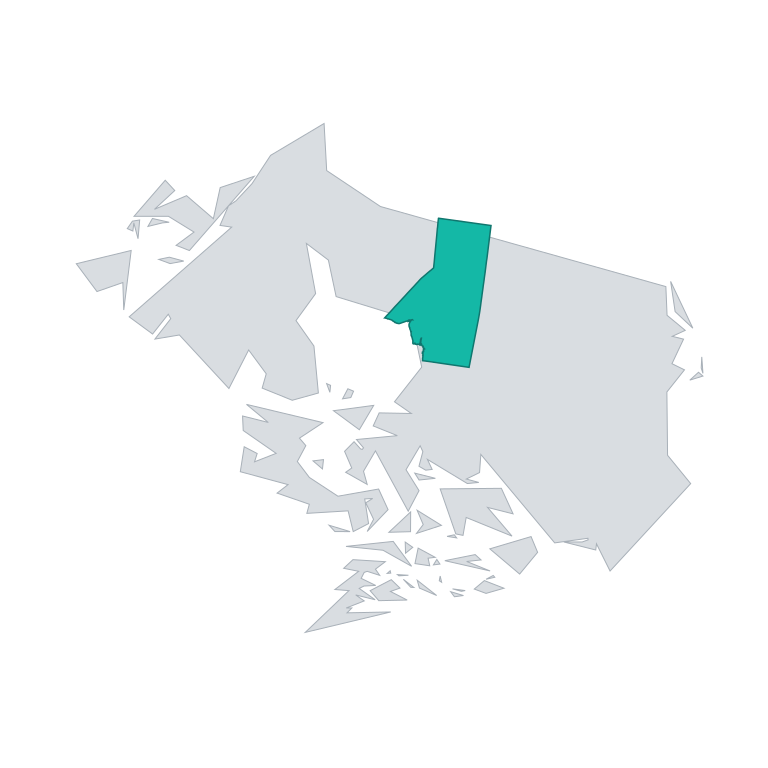 location of Manitoba within Canada, rotated 185°
{"feature_id": "CAN-630", "entity_name": "Manitoba", "entity_type": "Province", "adm_level": 1, "iso_a3": "CAN", "parent_name": "Canada", "parent_adm1": "", "projection": "albers", "projection_center": [-94.63, 54.496], "detail": "fine", "context": "in_parent", "style": "filled", "palette": "teal", "viewbox_px": 768, "rotation_deg": 185, "n_neighbors": 0, "source": "natural_earth", "source_scale": "10m", "svg_char_len": 8485}
<svg xmlns="http://www.w3.org/2000/svg" viewBox="0 0 768 768"><g transform="rotate(185 384 384)"><path d="M101.5,400.7L95.3,337.7L69.8,311.5L142.5,217.4L158.4,243.3L158.6,237.1L191.1,242.3L172.8,243.9L167.1,246.5L167.4,248.1L200.1,240.6L281.4,322.3L281.1,304.1L293.7,296.5L281.0,294.2L292.3,292.1L334.2,312.7L328.6,303.1L334.9,301.8L342.0,305.1L339.4,320.0L342.6,325.6L354.6,300.5L339.8,280.8L348.8,259.4L386.7,316.6L396.8,295.3L392.0,282.5L414.5,292.7L408.8,297.5L417.4,313.5L408.8,323.9L401.7,317.3L400.0,316.9L398.8,318.6L406.6,326.3L366.2,333.7L391.1,341.3L386.3,354.8L354.2,357.0L372.0,367.2L347.9,404.1L361.8,450.4L439.3,466.9L450.2,502.6L473.6,517.3L460.0,468.1L477.2,439.5L457.1,415.7L448.6,369.3L474.0,359.8L505.0,369.3L502.2,383.9L521.8,406.1L538.1,366.0L592.1,415.0L616.1,408.8L602.1,430.5L605.0,434.7L618.9,413.6L643.7,428.7L549.4,527.0L561.2,527.7L554.4,548.0L547.4,553.6L533.0,572.0L516.9,601.9L466.4,638.3L459.7,591.6L403.0,560.5L111.7,505.6L108.0,477.1L88.6,463.7L101.0,456.6L89.5,454.8L98.9,429.3L85.9,424.3L101.5,400.7ZM385.3,269.0L393.2,267.8L387.2,243.6L401.8,234.3L408.7,254.5L449.6,248.4L447.9,257.7L481.0,266.0L470.8,275.4L519.5,284.1L517.8,309.3L504.3,303.7L506.2,295.2L485.4,305.5L520.2,325.4L522.1,339.8L495.9,335.6L519.2,351.7L441.4,340.2L463.5,322.7L456.5,315.8L463.6,299.2L450.2,284.4L420.1,268.2L380.2,278.9L369.0,259.2L387.9,235.6L382.6,248.3L391.8,264.1L385.3,269.0ZM357.4,157.5L440.8,129.7L400.9,175.1L415.0,175.0L392.9,195.2L408.1,196.9L399.6,206.3L367.2,207.1L376.4,198.8L371.6,193.0L384.4,195.9L387.3,194.6L389.8,188.4L374.7,182.6L386.3,181.0L390.9,178.2L374.0,168.3L393.8,171.4L384.8,166.2L402.1,157.6L396.5,158.1L400.9,152.8L357.4,157.5ZM243.2,243.6L290.5,258.2L292.1,240.1L299.4,240.9L318.9,284.4L258.0,290.3L244.1,265.9L270.1,270.1L243.2,243.6ZM597.1,554.4L568.4,533.8L564.3,565.4L531.4,579.6L589.5,500.0L603.2,504.0L586.5,518.8L613.4,532.3L647.6,529.3L619.7,567.9L609.3,558.5L627.9,538.0L597.1,554.4ZM232.3,206.5L264.2,229.0L224.2,244.8L216.3,229.7L232.3,206.5ZM342.1,170.8L370.3,167.7L379.8,176.9L359.7,189.7L350.3,182.1L359.5,177.9L342.1,170.8ZM340.6,204.8L370.5,218.3L407.7,218.9L361.1,228.0L340.6,204.8ZM262.0,207.0L308.0,213.3L278.3,222.0L272.0,217.2L286.2,214.4L262.0,207.0ZM649.7,435.0L653.0,462.3L678.0,451.1L701.0,477.0L647.5,495.0L649.7,435.0ZM314.5,248.2L338.6,238.0L332.7,247.4L340.0,261.1L314.5,248.2ZM392.4,361.8L404.6,336.3L432.0,353.0L392.4,361.8ZM344.7,239.2L366.2,236.7L346.3,258.9L344.7,239.2ZM276.2,187.6L266.9,196.9L246.7,191.0L264.1,184.3L276.2,187.6ZM337.5,207.8L335.7,223.5L317.9,215.8L324.9,214.3L322.6,206.9L337.5,207.8ZM313.1,177.9L330.9,183.8L333.8,191.4L313.1,177.9ZM81.2,466.5L100.3,481.5L107.4,511.2L81.2,466.5ZM404.9,234.0L420.0,232.7L426.4,238.5L404.9,234.0ZM324.6,294.5L340.7,291.4L345.6,297.9L324.6,294.5ZM347.8,217.3L349.1,228.4L341.1,223.8L347.8,217.3ZM339.6,183.8L347.7,191.1L336.5,183.9L339.6,183.8ZM437.9,294.0L448.0,301.2L437.7,303.4L437.9,294.0ZM288.8,184.2L297.9,185.9L285.1,185.3L288.8,184.2ZM307.9,237.7L300.9,239.9L298.2,237.0L307.9,237.7ZM641.7,507.3L647.3,522.8L647.5,514.5L653.3,516.4L648.8,524.3L641.7,526.1L641.7,507.3ZM295.3,178.2L299.5,182.9L286.4,180.2L295.3,178.2ZM619.2,488.5L608.9,491.6L594.2,489.0L607.6,485.3L619.2,488.5ZM424.0,365.6L419.6,376.1L413.7,374.2L415.9,367.6L424.0,365.6ZM67.0,419.7L79.7,414.5L71.7,423.1L67.0,419.7ZM343.0,195.6L352.4,194.2L354.0,195.3L343.0,195.6ZM319.0,208.1L316.1,213.8L312.6,209.5L319.0,208.1ZM612.1,526.4L618.7,525.2L632.9,520.4L629.1,528.7L612.1,526.4ZM437.2,371.0L441.2,379.4L437.1,378.0L437.2,371.0ZM265.3,198.4L258.5,202.8L256.8,201.1L265.3,198.4ZM364.3,195.6L361.6,198.5L360.8,196.2L364.3,195.6ZM311.8,192.8L311.3,197.6L309.3,191.5L311.8,192.8ZM67.2,422.4L69.4,427.6L69.8,438.7L67.2,422.4Z" fill="#d9dde1" stroke="#a8b0b8" stroke-width="1"/><path d="M344.1,553.9L291.2,551.2L291.3,548.8L291.4,546.0L291.7,537.6L291.8,534.9L291.9,532.1L292.0,529.3L292.3,520.9L292.4,518.1L292.6,515.3L292.8,509.7L292.9,506.9L293.0,504.1L293.3,498.5L293.4,495.7L293.7,490.2L293.8,487.4L294.1,481.8L294.2,479.0L294.5,473.4L294.6,470.6L294.9,465.0L295.1,462.2L295.5,457.5L296.0,452.7L296.5,448.0L297.0,443.3L300.1,413.9L300.4,411.0L300.6,409.5L300.7,408.0L344.7,410.5L347.6,410.6L347.6,410.8L347.5,411.0L347.7,411.3L347.6,411.5L347.6,412.0L347.8,412.6L347.7,412.9L347.8,413.2L347.8,413.3L347.7,413.7L347.7,413.8L347.6,414.1L347.7,414.9L347.7,415.0L347.6,415.5L347.6,415.8L347.7,416.0L347.8,416.0L347.7,416.4L347.7,416.6L347.7,416.8L347.8,416.9L347.9,417.0L348.0,417.2L347.9,417.3L347.9,417.5L348.0,417.5L348.1,417.8L348.1,418.0L348.1,418.3L348.2,418.5L348.2,418.8L348.0,419.0L348.3,419.0L348.4,418.9L348.5,418.8L348.5,419.0L348.4,419.0L348.2,419.2L348.2,419.3L348.1,419.5L347.9,419.6L347.9,419.8L347.8,420.0L347.7,420.1L347.8,420.2L347.8,420.3L347.7,420.5L347.8,420.5L347.8,420.9L347.7,420.9L347.7,421.0L347.8,421.3L347.7,421.7L347.7,421.8L347.7,422.2L347.7,422.3L347.3,422.5L346.9,422.4L346.5,422.4L346.3,422.9L346.5,422.7L347.5,422.7L347.6,422.8L347.6,423.0L347.6,423.3L347.9,423.3L348.1,423.5L348.3,423.8L348.4,424.2L348.4,424.4L348.3,424.6L348.2,425.0L348.1,425.3L348.0,425.5L348.4,425.2L348.6,425.0L348.9,425.1L349.3,425.4L349.6,425.6L349.7,425.9L349.9,426.2L350.0,426.9L350.1,427.1L350.3,427.3L350.6,427.2L351.0,426.9L351.0,426.7L351.2,426.4L351.2,426.2L351.3,426.2L351.5,426.1L351.5,426.3L351.5,426.5L351.4,426.8L351.4,427.0L351.5,427.3L351.6,427.5L351.5,427.8L351.4,428.0L351.2,428.1L351.2,428.3L351.0,428.7L350.9,429.1L351.1,429.8L351.0,430.3L351.1,430.7L351.1,430.9L351.0,431.1L350.8,431.4L350.8,431.6L350.8,431.9L350.8,432.0L350.8,432.5L350.7,432.8L350.6,433.4L350.6,433.6L350.8,433.1L350.9,432.8L351.0,432.7L351.1,432.1L351.3,432.0L351.3,431.9L351.4,431.5L351.5,431.3L351.5,431.2L351.5,430.9L351.4,430.7L351.4,429.8L351.5,429.6L351.4,429.5L351.4,429.3L351.4,429.2L351.4,428.9L351.4,428.7L351.5,428.4L351.8,427.9L351.9,427.7L351.9,427.3L351.9,427.1L352.0,427.0L352.0,426.8L351.9,426.6L351.8,426.4L352.0,426.5L352.6,426.5L353.8,426.7L354.0,426.6L354.1,426.4L354.3,426.4L354.4,426.5L354.5,426.5L354.6,426.4L354.8,426.3L354.9,426.2L355.1,426.2L355.9,426.5L356.0,426.6L356.4,426.4L356.5,426.5L356.6,426.9L356.6,427.2L356.8,427.2L356.9,427.3L357.0,427.3L357.2,427.2L357.4,426.8L357.4,426.7L357.6,426.6L358.2,426.5L358.3,426.5L358.5,426.6L358.6,426.8L358.8,427.0L358.9,427.6L358.9,427.9L358.9,428.1L358.9,428.6L358.9,428.8L359.0,429.0L359.0,429.4L359.0,429.6L359.0,429.8L359.2,430.2L359.5,430.9L359.6,431.4L359.7,431.7L359.8,431.9L360.0,432.3L360.1,432.6L360.1,432.8L360.2,433.0L360.4,433.4L360.4,433.5L360.5,433.8L360.8,434.1L361.0,434.3L360.9,434.4L360.9,434.5L361.0,434.6L361.1,435.1L361.2,435.3L361.3,435.4L361.3,435.7L361.3,436.4L361.6,437.5L361.7,438.1L361.5,438.5L361.8,438.6L362.0,438.8L362.0,439.1L362.2,439.4L362.4,440.1L362.8,440.6L362.8,440.8L362.9,441.0L363.2,441.7L363.2,441.9L363.2,442.2L363.2,442.3L363.3,442.4L363.5,442.5L363.7,442.8L363.7,443.2L363.8,443.3L364.0,443.5L364.1,444.3L364.2,444.7L364.3,445.0L364.2,445.5L364.2,446.0L364.1,446.4L363.5,448.0L363.1,448.7L362.7,449.4L362.5,449.8L362.4,450.0L362.0,450.1L361.4,450.5L361.2,450.5L361.3,450.6L362.3,450.3L362.6,450.1L363.6,449.1L363.9,448.9L365.4,448.5L365.6,448.3L365.8,448.5L365.7,448.7L365.4,448.8L365.0,449.5L364.9,449.6L364.5,449.7L364.4,449.8L364.2,450.0L364.4,450.0L365.0,449.8L365.2,449.7L365.8,449.0L366.6,448.7L367.6,448.4L369.0,447.7L370.9,446.9L372.8,446.0L374.1,445.5L375.3,445.5L376.5,445.8L377.0,445.7L377.2,445.8L377.7,446.1L377.9,446.2L378.3,446.2L378.5,446.2L378.7,446.4L378.7,446.7L379.2,446.8L379.6,447.1L380.3,447.4L380.3,447.5L381.0,447.7L381.1,447.8L381.6,448.3L381.8,448.4L382.4,448.5L382.8,448.7L384.6,449.0L385.0,449.2L385.3,449.3L385.9,449.1L386.1,449.2L386.5,449.4L386.8,449.5L387.4,449.7L388.0,449.7L388.1,449.8L388.4,450.0L388.5,450.1L388.7,449.9L389.1,449.9L387.3,452.3L385.6,454.4L384.0,456.5L382.3,458.7L380.0,461.8L377.6,464.8L375.2,467.9L372.8,471.0L370.6,473.8L368.5,476.6L366.3,479.4L364.1,482.2L362.8,483.8L361.6,485.4L360.4,487.0L359.1,488.6L358.3,489.7L357.4,490.9L356.5,492.0L355.6,493.0L353.8,494.8L352.0,496.6L350.2,498.5L348.4,500.3L348.0,500.7L347.6,501.1L347.1,501.5L346.7,501.9L346.3,502.4L345.8,502.8L345.4,503.3L344.9,503.7L344.7,504.1L344.7,504.8L344.6,509.9L344.6,515.0L344.5,525.3L344.4,537.0L344.4,540.9L344.4,542.4L344.4,543.8L344.3,544.8L344.3,545.7L344.3,546.9L344.3,548.4L344.3,548.9L344.3,549.0L344.3,549.7L344.3,550.9L344.2,552.4L344.2,553.6L344.2,553.8L344.1,553.9Z" fill="#14b8a6" stroke="#0f766e" stroke-width="1.5"/></g></svg>